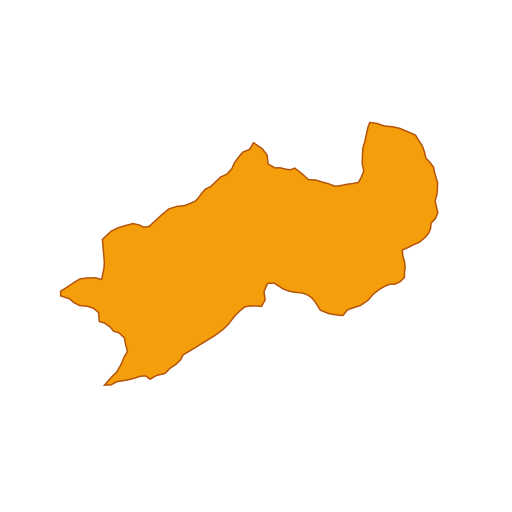 outline of Neves Paulista, São Paulo, Brazil, rotated 46°
{"feature_id": "56859067B65354392339928", "entity_name": "Neves Paulista", "entity_type": "district", "adm_level": 2, "iso_a3": "BRA", "parent_name": "Brazil", "parent_adm1": "São Paulo", "projection": "robinson", "projection_center": [-49.646, -20.875], "detail": "fine", "context": "isolated", "style": "filled", "palette": "amber", "viewbox_px": 512, "rotation_deg": 46, "n_neighbors": 0, "source": "geoboundaries", "source_scale": "gbopen_adm2", "svg_char_len": 2197}
<svg xmlns="http://www.w3.org/2000/svg" viewBox="0 0 512 512"><g transform="rotate(46 256 256)"><path d="M287.0,58.9L279.8,57.3L272.8,60.2L264.4,63.7L258.4,67.6L251.4,73.5L244.7,76.8L239.0,81.4L241.0,85.8L245.2,92.2L249.3,98.2L252.5,104.0L257.5,109.5L263.3,115.4L269.9,119.6L272.8,126.4L274.2,131.4L270.6,136.7L267.6,140.7L265.2,144.7L260.8,150.6L253.9,153.9L248.4,157.3L242.9,160.2L237.5,165.2L227.6,165.9L219.7,167.1L217.8,171.5L213.9,174.5L209.8,177.0L205.7,181.2L198.1,183.4L191.1,177.9L183.3,177.0L172.8,179.1L174.9,186.5L172.1,193.4L173.0,201.3L174.1,207.1L176.4,212.6L176.9,220.0L174.6,226.6L174.6,232.7L174.6,240.0L172.8,245.7L173.0,250.9L174.1,256.5L174.4,261.5L172.6,266.4L170.1,272.5L165.5,278.3L161.6,286.0L160.9,295.0L160.7,301.6L160.5,312.1L157.5,316.6L152.7,318.4L147.2,322.0L143.6,328.4L139.7,336.1L137.6,342.9L137.4,348.7L137.4,355.0L155.0,369.3L158.9,373.5L165.7,383.3L160.0,386.8L154.1,393.2L150.2,398.6L148.8,404.4L147.9,409.4L147.0,414.2L145.6,421.0L149.0,424.2L157.0,420.0L163.2,419.3L169.1,417.3L174.9,412.3L181.1,409.1L187.4,408.6L194.3,414.2L198.6,411.7L205.9,410.2L211.0,410.7L215.8,408.0L223.3,407.5L229.5,411.5L235.3,414.7L236.9,420.5L240.6,429.4L242.7,437.0L242.7,443.7L243.6,454.7L247.9,450.0L249.9,443.2L256.0,434.4L259.4,428.4L262.3,422.5L265.8,418.6L271.0,417.8L272.8,410.7L277.3,403.0L277.0,396.2L278.3,388.8L278.3,382.2L276.5,377.4L283.1,347.9L284.7,340.6L285.9,330.6L285.9,323.2L284.3,312.7L284.3,304.8L284.9,299.2L287.5,295.5L291.3,291.2L296.1,287.0L293.9,279.9L287.2,275.0L283.8,266.7L287.9,261.9L293.9,260.4L298.2,259.5L304.1,256.7L308.7,253.6L314.2,248.8L318.6,246.4L323.3,245.1L329.0,245.1L333.9,246.1L339.6,247.4L347.9,243.7L353.7,239.5L359.2,234.8L358.3,227.7L360.3,223.0L364.1,215.3L365.7,206.1L364.9,198.7L365.6,190.8L367.4,183.9L369.2,179.4L372.9,175.5L374.6,170.1L374.6,164.1L370.6,160.2L367.7,156.5L362.8,152.8L357.8,150.2L353.3,146.7L355.5,140.7L357.4,134.6L359.6,129.0L360.1,120.4L359.4,115.6L357.4,111.2L354.0,107.2L353.7,100.9L351.2,95.2L346.6,92.4L340.9,89.0L337.7,83.6L334.1,79.2L329.0,74.2L324.3,71.8L320.1,69.6L315.5,66.6L308.4,65.7L303.9,65.9L298.9,62.9L292.5,59.9L287.0,58.9Z" fill="#f59e0b" stroke="#b45309" stroke-width="1.5"/></g></svg>